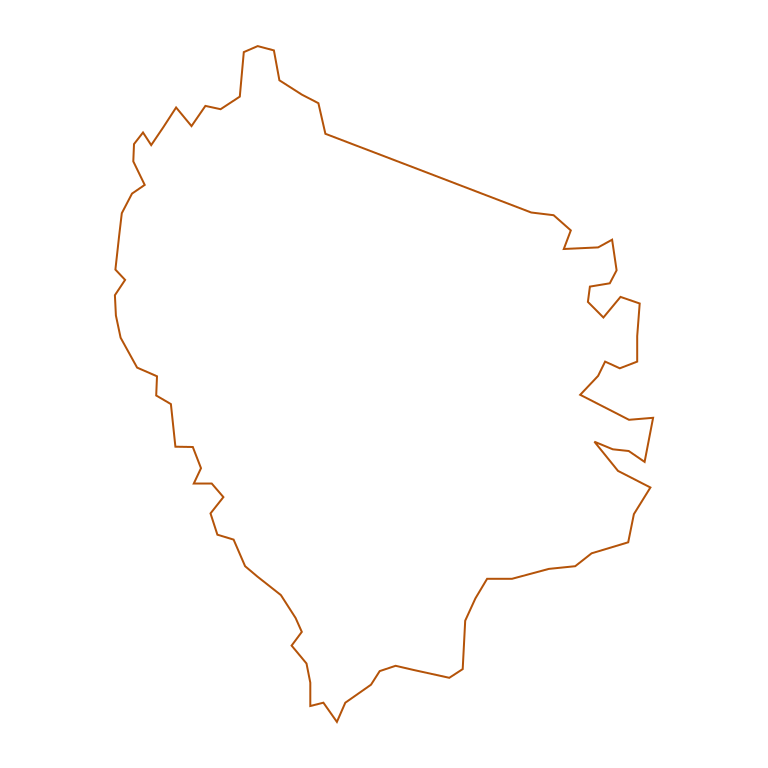 the district of São José do Herval, Rio Grande do Sul, Brazil
{"feature_id": "56859067B53549681471758", "entity_name": "São José do Herval", "entity_type": "district", "adm_level": 2, "iso_a3": "BRA", "parent_name": "Brazil", "parent_adm1": "Rio Grande do Sul", "projection": "equal_earth", "projection_center": [-52.274, -29.066], "detail": "fine", "context": "isolated", "style": "outline", "palette": "amber", "viewbox_px": 768, "rotation_deg": 0, "n_neighbors": 0, "source": "geoboundaries", "source_scale": "gbopen_adm2", "svg_char_len": 1261}
<svg xmlns="http://www.w3.org/2000/svg" viewBox="0 0 768 768"><path d="M336.9,721.9L345.3,702.7L371.0,684.7L379.7,671.1L395.6,665.8L414.2,670.1L449.3,677.8L462.7,669.1L465.2,620.7L475.4,598.4L487.1,578.8L512.0,578.8L548.8,568.9L575.2,566.2L591.6,553.3L628.2,542.3L633.9,514.1L650.4,487.5L618.0,470.9L594.4,441.7L612.8,449.3L628.7,451.0L644.6,461.9L653.1,417.8L629.0,419.8L580.2,394.8L598.1,375.9L605.1,361.6L619.8,368.3L637.2,361.6L637.2,336.1L639.7,303.5L620.5,296.9L603.4,317.5L587.9,301.9L589.9,286.6L609.8,283.3L616.6,270.3L612.1,239.7L598.1,247.4L563.8,249.0L570.8,230.4L553.6,215.2L531.2,212.5L404.5,164.0L325.4,133.8L318.4,103.2L301.8,94.6L279.4,80.3L273.9,50.4L257.7,46.1L243.8,52.1L239.8,96.6L220.6,109.2L205.4,105.9L191.5,126.1L176.1,107.5L163.4,127.1L151.2,145.1L143.0,132.5L134.0,144.1L133.3,161.4L144.7,184.9L132.0,193.6L121.8,213.2L119.1,236.1L115.4,269.6L125.1,279.9L114.9,295.2L115.9,315.5L120.6,337.7L137.1,367.6L157.0,376.3L156.2,395.5L170.9,404.1L175.4,446.7L192.8,447.0L201.0,468.2L193.8,483.5L211.7,483.5L223.4,497.1L210.5,513.4L217.4,534.7L233.6,539.6L245.1,566.2L257.3,576.5L280.9,595.1L295.6,618.0L301.8,631.9L291.6,645.6L306.5,663.5L310.3,682.7L310.3,706.0L323.4,702.7L336.9,721.9Z" fill="none" stroke="#b45309" stroke-width="2"/></svg>